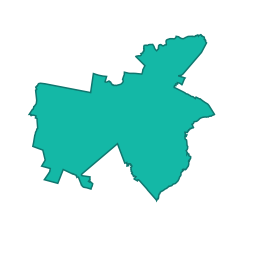 Oriental, Puebla, Mexico (Robinson projection), rotated 76°
{"feature_id": "50627088B61096049889972", "entity_name": "Oriental", "entity_type": "district", "adm_level": 2, "iso_a3": "MEX", "parent_name": "Mexico", "parent_adm1": "Puebla", "projection": "robinson", "projection_center": [-97.583, 19.328], "detail": "fine", "context": "isolated", "style": "filled", "palette": "teal", "viewbox_px": 256, "rotation_deg": 76, "n_neighbors": 0, "source": "geoboundaries", "source_scale": "gbopen_adm2", "svg_char_len": 5516}
<svg xmlns="http://www.w3.org/2000/svg" viewBox="0 0 256 256"><g transform="rotate(76 128 128)"><path d="M51.8,92.3L52.7,92.9L54.1,93.2L54.4,93.5L54.7,93.5L55.0,93.3L55.3,93.2L56.0,93.8L57.0,93.7L57.1,93.8L57.3,94.6L57.6,94.7L58.1,95.2L58.8,95.6L58.8,97.1L58.9,97.4L59.3,97.1L59.6,97.1L60.6,97.8L60.8,98.3L60.8,99.4L60.4,100.7L60.5,101.7L60.3,102.7L60.6,103.1L71.6,96.5L75.2,99.6L76.0,99.8L77.8,100.7L79.0,101.6L76.7,108.0L75.5,112.7L75.0,114.1L73.0,118.0L75.4,118.7L76.7,119.7L79.6,121.5L80.3,121.2L81.8,121.4L82.1,121.7L83.3,123.2L83.8,124.5L83.9,127.8L83.8,128.3L84.0,128.7L83.9,129.3L83.5,129.9L83.4,130.9L83.0,131.4L83.2,131.6L82.5,132.5L82.3,132.3L81.5,133.2L81.2,133.3L80.5,133.3L78.9,134.5L78.8,134.2L77.8,135.1L78.3,137.4L78.2,138.3L77.6,139.1L72.8,136.3L71.6,139.7L69.8,143.5L68.4,145.9L66.8,148.4L84.6,155.7L65.0,197.9L63.4,202.1L63.3,203.7L63.6,204.4L64.0,204.8L65.4,205.9L65.2,206.5L65.9,207.0L66.0,207.6L66.5,207.6L67.2,207.3L67.8,207.5L68.0,207.2L68.6,207.3L69.0,208.5L77.8,209.7L79.1,209.9L82.2,211.1L84.4,213.7L84.4,214.2L86.7,215.3L86.8,216.2L90.9,220.6L91.3,218.9L91.5,218.7L92.4,219.2L92.6,218.8L92.4,218.4L92.5,218.0L92.4,217.6L92.6,216.6L93.0,216.0L94.0,214.4L95.2,214.9L95.8,215.4L96.8,214.0L99.3,214.5L106.4,215.7L106.7,215.9L106.9,216.7L108.7,217.6L109.7,218.7L111.4,219.4L112.5,220.2L119.0,223.0L122.8,224.8L128.8,216.0L139.1,216.1L144.1,221.0L148.5,213.2L151.4,214.5L153.7,216.9L157.9,221.7L164.7,209.5L152.6,200.9L159.4,192.6L159.1,192.4L160.7,190.6L161.5,189.5L161.8,189.7L162.5,189.7L163.5,189.5L163.3,189.2L163.4,188.8L163.8,188.0L170.5,187.1L171.5,187.0L171.8,187.1L172.0,186.8L173.7,186.3L174.8,185.2L176.0,182.5L177.5,180.0L178.3,178.7L176.9,177.9L175.6,176.8L173.5,175.7L172.8,176.2L172.0,176.9L170.2,177.7L171.2,178.3L170.3,179.2L170.0,178.7L169.5,178.5L168.6,177.2L168.2,177.2L168.0,177.3L166.2,176.7L163.2,184.1L162.5,184.5L161.9,184.4L161.6,184.0L160.8,182.6L140.7,142.0L161.4,139.6L161.2,137.6L162.5,137.9L162.9,137.5L163.7,137.5L164.0,138.0L164.7,138.2L164.7,136.5L162.8,136.2L162.9,135.3L163.0,135.2L163.4,135.1L163.4,134.3L164.9,134.3L165.2,134.2L164.9,133.7L165.9,133.4L166.9,134.2L167.1,134.9L168.6,134.8L169.0,134.9L169.2,135.3L171.0,135.0L171.1,135.3L172.6,134.6L173.1,135.4L174.5,134.6L176.1,134.4L175.8,133.9L177.2,132.1L178.7,134.3L179.0,134.4L181.6,131.6L180.7,131.0L180.8,130.3L181.8,129.6L191.5,124.5L193.0,123.9L204.9,117.8L205.3,117.8L204.8,117.3L203.8,116.5L204.0,115.7L202.9,115.2L202.9,115.4L200.3,114.1L199.8,114.0L199.5,113.1L198.1,112.2L198.1,111.9L197.6,111.1L197.4,109.8L197.2,109.5L197.2,109.1L196.1,106.5L196.0,105.5L195.8,104.8L195.3,104.0L194.7,102.4L194.4,102.3L194.6,101.7L194.5,99.5L193.4,97.8L193.3,95.5L192.6,94.2L191.5,92.4L190.9,91.9L190.1,91.1L187.8,89.6L187.2,88.6L186.7,88.2L186.2,87.9L184.4,87.5L183.8,86.9L183.2,85.5L182.9,85.2L182.3,85.3L182.0,85.3L181.9,85.2L181.7,85.3L181.6,85.2L181.7,84.9L181.9,84.7L181.5,84.4L182.0,84.1L181.7,83.8L181.7,83.7L181.7,83.2L181.9,82.6L182.1,82.6L182.0,82.4L182.3,82.2L182.1,81.7L179.5,78.7L178.0,77.9L175.9,77.3L175.1,77.3L175.1,77.1L175.1,76.8L174.6,76.8L174.7,76.4L174.1,76.0L173.8,76.1L173.6,75.5L173.2,75.4L172.9,74.9L172.6,74.6L171.8,74.4L171.3,74.1L170.8,74.2L170.0,75.4L169.7,75.4L169.1,75.8L168.7,75.7L168.2,75.2L167.0,76.4L167.6,77.1L166.7,76.8L166.2,76.4L166.0,76.6L164.0,77.0L163.4,76.0L162.2,75.1L161.2,74.8L160.3,74.5L159.5,74.9L159.1,74.9L155.5,74.3L154.3,74.2L154.0,74.1L153.5,74.3L153.2,74.8L152.7,75.1L152.0,75.2L151.4,75.0L149.8,74.8L150.2,73.6L149.2,73.6L149.2,72.8L149.0,72.6L148.6,73.6L148.1,73.7L148.1,74.0L147.5,73.9L145.9,73.8L145.8,73.7L146.3,73.0L146.7,71.6L146.1,70.9L145.6,71.0L145.4,70.0L145.0,69.7L144.8,69.3L144.5,69.5L144.4,69.4L144.4,69.0L144.2,68.3L143.7,67.9L143.9,67.7L143.8,67.0L143.6,67.1L143.4,65.9L143.7,64.9L143.3,64.3L141.9,64.8L141.4,64.7L139.9,65.0L139.5,63.5L137.8,62.2L138.1,60.7L138.1,59.7L137.4,58.0L136.2,56.0L135.8,54.3L135.7,52.6L135.8,52.3L135.8,51.6L135.9,51.3L135.9,50.7L136.1,50.0L136.4,49.4L136.4,48.6L136.7,47.3L136.5,47.1L136.3,46.2L136.6,44.1L136.3,43.6L136.0,42.7L136.1,41.6L135.7,40.8L126.1,43.9L124.7,44.5L123.9,45.0L121.2,47.7L120.8,47.9L119.9,48.8L117.1,51.0L117.1,51.5L114.5,54.5L115.7,55.6L113.4,57.3L112.5,59.2L111.6,59.8L110.8,60.8L110.2,61.2L109.4,62.2L108.9,63.3L108.5,63.7L107.9,64.0L106.5,65.5L100.3,72.7L99.9,73.4L99.4,73.3L99.5,72.9L98.0,72.5L98.4,71.2L96.8,70.9L97.3,69.4L95.9,69.1L97.1,66.9L97.5,66.5L98.8,65.5L98.6,65.3L98.9,65.0L94.1,61.5L93.3,60.5L89.5,66.7L89.7,63.5L88.9,61.6L72.5,38.5L64.4,31.2L63.9,31.5L62.8,31.8L61.8,31.9L61.6,31.5L60.5,32.1L60.3,32.5L59.7,32.1L58.2,32.1L57.5,32.9L57.4,33.3L56.8,33.5L56.7,33.7L56.6,34.2L56.2,34.1L55.8,34.4L55.5,34.6L55.4,34.5L55.1,34.6L55.0,34.8L55.5,36.6L55.3,36.9L55.4,37.2L55.1,37.4L55.6,37.6L54.7,38.0L54.8,39.6L55.1,39.7L54.9,40.3L55.4,40.7L55.4,41.2L54.8,43.0L54.6,43.2L54.8,43.6L54.4,44.1L53.7,47.5L54.1,50.0L54.7,52.3L54.7,52.9L54.3,54.0L53.8,54.9L53.4,55.2L52.8,56.1L51.9,56.6L51.7,56.8L50.7,59.1L51.6,59.5L52.3,60.4L52.6,61.3L52.6,61.8L52.5,62.4L52.2,62.8L51.5,65.7L51.7,68.3L51.9,69.1L52.2,69.6L53.0,70.1L55.8,70.5L56.3,70.6L56.5,70.7L56.3,72.2L56.8,73.5L56.8,74.1L56.3,75.0L55.6,75.3L55.4,75.6L55.1,75.9L54.9,76.4L55.0,77.0L55.2,77.3L55.0,77.5L55.3,77.7L55.6,78.4L56.4,78.6L56.9,78.9L57.4,78.9L57.7,79.2L58.0,79.0L58.3,79.1L58.6,79.2L58.8,79.7L59.2,80.4L60.0,81.5L59.1,82.1L57.3,82.9L56.9,83.0L56.5,82.9L55.0,83.1L52.9,83.8L52.8,84.0L52.6,85.5L52.3,86.3L52.2,87.8L52.6,89.3L52.3,90.1L52.0,90.3L51.8,92.3Z" fill="#14b8a6" stroke="#0f766e" stroke-width="1.5"/></g></svg>